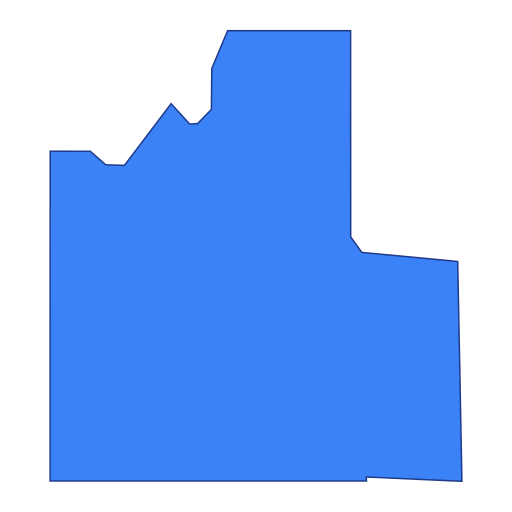 the district of 80, Ar Rayyān, Qatar
{"feature_id": "91078587B61034229486760", "entity_name": "80", "entity_type": "district", "adm_level": 2, "iso_a3": "QAT", "parent_name": "Qatar", "parent_adm1": "Ar Rayyān", "projection": "natural_earth1", "projection_center": [51.221, 25.39], "detail": "fine", "context": "isolated", "style": "filled", "palette": "blue", "viewbox_px": 512, "rotation_deg": 0, "n_neighbors": 0, "source": "geoboundaries", "source_scale": "gbopen_adm2", "svg_char_len": 399}
<svg xmlns="http://www.w3.org/2000/svg" viewBox="0 0 512 512"><path d="M350.6,30.7L227.6,30.7L211.8,68.5L211.4,109.4L197.6,123.6L189.6,124.0L171.1,103.7L124.4,165.4L105.7,164.8L90.3,151.3L50.2,151.2L50.1,350.6L50.1,481.0L325.2,481.0L366.5,481.0L366.2,477.0L461.9,481.3L460.0,380.1L457.7,261.5L361.8,252.4L350.7,236.9L350.6,74.3L350.6,30.7Z" fill="#3b82f6" stroke="#1e3a8a" stroke-width="1.5"/></svg>